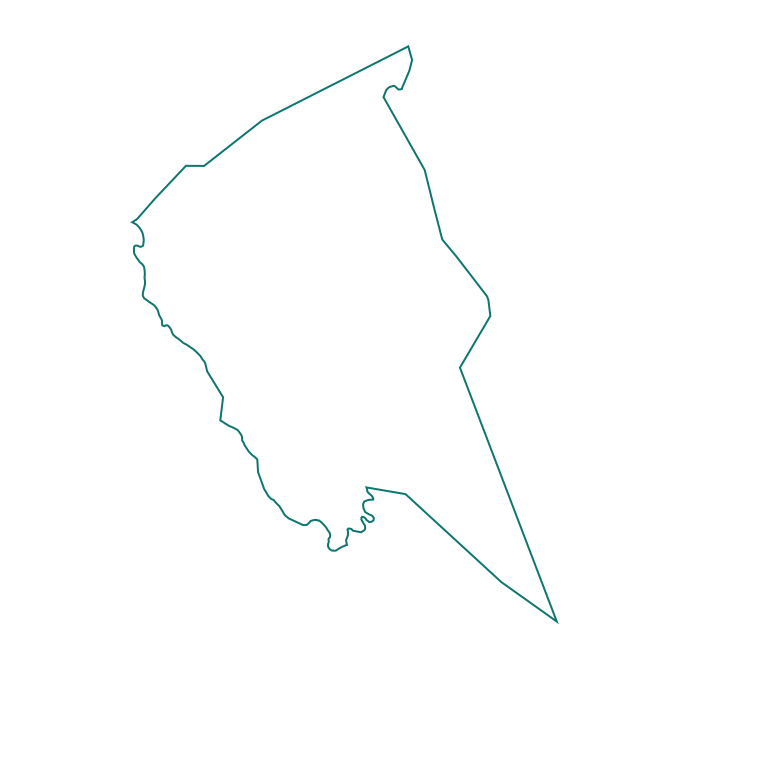 San Mateo Sindihui, Oaxaca, Mexico (Natural Earth projection), rotated 153°
{"feature_id": "50627088B43932249609701", "entity_name": "San Mateo Sindihui", "entity_type": "district", "adm_level": 2, "iso_a3": "MEX", "parent_name": "Mexico", "parent_adm1": "Oaxaca", "projection": "natural_earth1", "projection_center": [-97.342, 17.027], "detail": "fine", "context": "isolated", "style": "outline", "palette": "teal", "viewbox_px": 768, "rotation_deg": 153, "n_neighbors": 0, "source": "geoboundaries", "source_scale": "gbopen_adm2", "svg_char_len": 2889}
<svg xmlns="http://www.w3.org/2000/svg" viewBox="0 0 768 768"><g transform="rotate(153 384 384)"><path d="M534.9,642.5L532.7,639.3L531.9,637.7L531.3,635.7L530.9,633.8L530.6,631.7L530.6,628.3L531.0,626.5L531.4,625.0L532.0,623.2L532.7,621.3L533.8,619.6L534.6,618.5L535.4,617.2L536.0,616.6L537.5,616.5L539.0,616.9L539.9,618.0L540.9,619.2L542.0,619.9L542.9,620.2L544.2,619.8L545.1,618.4L546.3,616.3L547.3,613.8L547.3,611.7L547.1,609.1L546.6,605.9L546.3,603.5L545.0,600.5L544.6,597.5L545.4,594.8L546.2,592.7L547.2,590.5L549.1,587.5L550.2,584.3L551.7,581.4L553.4,579.3L555.5,577.0L556.4,575.9L558.1,573.7L558.9,571.8L558.8,569.4L557.3,566.5L555.9,563.6L554.1,560.5L552.9,558.2L552.4,555.2L552.1,553.3L552.3,551.0L553.1,547.4L553.0,545.4L552.9,543.3L553.1,541.0L554.0,539.5L554.9,536.9L553.6,535.3L551.6,535.3L550.2,534.5L549.5,532.7L549.0,529.5L549.3,527.3L549.6,525.0L549.3,523.1L548.2,520.3L546.8,517.8L545.4,514.8L544.2,511.7L542.2,508.9L540.7,506.4L539.4,503.8L538.0,501.4L536.9,498.4L535.7,494.9L534.9,492.3L534.6,488.6L534.0,486.0L533.9,483.8L533.9,483.5L535.8,475.6L533.4,445.2L546.4,425.9L540.9,416.7L539.3,415.0L537.6,412.8L536.5,411.3L535.2,409.1L534.8,406.9L534.3,403.4L534.7,400.8L536.0,398.1L535.7,394.8L536.0,393.3L535.8,391.2L535.5,388.2L535.2,385.4L534.5,382.9L533.6,380.2L532.5,378.1L531.1,374.4L536.2,362.7L538.5,344.7L538.4,344.3L538.1,340.0L537.9,336.5L536.7,332.8L535.0,330.7L534.7,329.1L533.6,325.3L532.7,322.7L532.3,318.4L531.9,312.0L531.3,310.7L529.8,307.3L528.2,305.3L520.2,295.1L518.2,294.0L516.4,293.6L514.3,294.1L511.6,295.2L509.7,294.9L507.5,294.4L505.3,293.1L504.7,292.1L504.2,292.0L503.8,291.9L502.6,289.2L501.5,285.7L500.7,282.6L500.5,279.3L500.0,276.2L500.6,273.7L501.6,272.1L503.8,271.1L505.0,268.1L506.2,267.2L507.4,265.3L507.7,263.3L507.4,261.6L506.1,259.3L504.7,258.5L503.8,257.9L502.2,257.4L499.9,257.7L497.3,257.9L495.2,257.9L491.8,257.7L490.1,257.4L489.4,260.0L488.6,262.2L487.2,263.5L485.1,265.2L483.3,268.4L482.5,271.0L481.3,271.4L478.9,269.7L478.3,267.5L475.6,265.3L473.3,263.5L471.8,262.3L467.9,262.6L466.3,263.8L465.2,266.7L465.6,269.5L465.7,273.4L465.0,274.9L463.8,275.6L462.5,274.6L461.5,272.7L461.3,270.7L459.7,267.6L457.5,266.9L455.2,267.3L453.9,269.2L454.2,271.7L456.9,275.2L458.9,278.5L458.7,282.7L457.2,286.4L454.8,288.3L450.5,287.8L446.1,285.9L445.5,286.8L445.6,289.8L447.3,294.0L447.6,296.1L446.8,298.0L446.6,299.8L414.8,276.1L369.5,154.5L369.5,154.4L337.9,93.9L308.9,364.1L258.4,396.3L252.9,411.3L252.4,415.5L252.6,416.5L261.5,464.2L266.5,486.3L259.9,516.1L250.6,556.2L254.2,639.9L248.4,645.0L246.8,645.5L245.7,645.9L244.0,646.1L242.4,645.7L240.5,645.4L239.9,645.2L239.3,644.6L238.8,643.7L238.3,642.2L238.1,641.7L237.4,639.8L236.1,639.2L234.2,638.7L233.5,639.6L219.1,651.7L211.9,659.9L209.1,673.8L373.2,674.1L445.3,660.0L461.4,668.3L503.8,653.2L521.5,646.1L529.3,643.0L534.9,642.5Z" fill="none" stroke="#0f766e" stroke-width="2"/></g></svg>